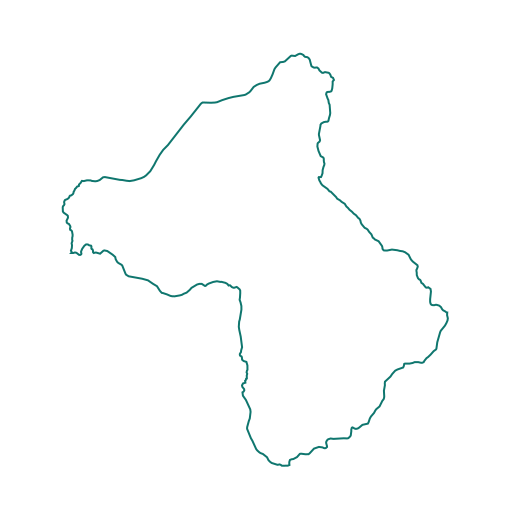 the district of Maliana, Bobonaro, East Timor, rotated 186°
{"feature_id": "22284137B67837040381832", "entity_name": "Maliana", "entity_type": "district", "adm_level": 2, "iso_a3": "TLS", "parent_name": "East Timor", "parent_adm1": "Bobonaro", "projection": "orthographic", "projection_center": [125.209, -8.986], "detail": "fine", "context": "isolated", "style": "outline", "palette": "teal", "viewbox_px": 512, "rotation_deg": 186, "n_neighbors": 0, "source": "geoboundaries", "source_scale": "gbopen_adm2", "svg_char_len": 6040}
<svg xmlns="http://www.w3.org/2000/svg" viewBox="0 0 512 512"><g transform="rotate(186 256 256)"><path d="M113.8,129.8L114.7,135.4L114.3,141.0L114.6,142.7L114.6,144.5L109.7,150.1L108.2,152.9L105.6,156.5L103.5,157.9L98.0,160.5L97.5,162.0L97.3,164.2L96.5,164.6L92.2,165.0L89.0,166.0L87.2,167.0L83.4,167.4L81.2,167.1L79.8,167.1L78.2,167.9L77.5,169.5L75.7,172.3L74.4,173.4L72.1,176.1L69.4,179.9L67.2,181.9L66.9,182.7L66.7,189.2L64.9,199.5L64.4,201.0L60.8,206.5L59.6,209.3L58.8,211.9L58.7,214.1L59.8,217.2L59.9,219.7L60.3,219.6L62.1,220.7L64.3,221.6L65.3,222.5L66.7,224.5L68.6,225.8L71.1,226.3L72.0,226.3L73.7,225.7L75.3,225.6L76.4,225.8L77.4,226.8L78.0,228.5L78.3,231.2L78.3,239.0L79.0,241.5L81.5,242.9L82.0,242.5L83.4,242.3L84.5,243.1L87.0,245.7L88.7,246.6L89.8,248.9L90.4,249.5L91.5,249.9L92.6,250.9L94.1,253.8L94.4,256.1L94.9,258.0L95.0,259.0L94.6,259.9L94.0,262.3L94.5,263.7L99.4,266.8L100.9,268.1L101.8,269.1L104.4,273.2L108.1,275.3L110.5,276.0L113.5,276.1L116.1,276.5L121.5,276.6L126.3,275.1L129.3,274.9L129.9,275.2L130.9,276.3L131.3,278.1L131.8,279.2L135.6,283.5L139.6,284.9L140.4,285.7L141.8,286.5L143.5,289.6L146.0,291.8L147.8,294.0L149.0,294.7L150.9,295.4L154.2,298.6L155.2,300.1L155.9,302.2L157.1,303.9L158.3,304.5L160.8,307.0L163.3,308.4L165.1,310.0L167.9,311.8L169.5,313.4L171.3,314.7L173.2,317.2L176.5,318.8L178.4,320.2L181.3,321.5L182.4,322.9L188.4,327.8L189.7,328.0L191.9,330.2L197.2,333.2L198.3,334.2L199.3,335.4L199.5,335.9L200.9,337.8L202.0,340.4L201.8,341.0L199.6,341.3L199.1,342.7L198.5,345.2L198.7,348.4L198.2,351.6L197.6,353.7L197.6,355.2L198.2,356.4L198.6,358.3L198.7,359.6L199.1,360.6L199.5,361.0L202.1,362.1L204.8,367.0L206.4,371.3L206.5,374.1L206.3,374.8L204.7,376.5L204.4,377.9L206.0,382.7L206.2,383.9L205.5,392.2L205.6,393.1L204.9,394.6L202.6,396.2L200.7,396.8L199.2,397.0L198.5,397.4L198.1,398.1L197.8,400.8L197.2,403.9L197.1,405.9L198.6,414.1L199.6,415.8L200.4,418.8L201.2,420.0L203.2,424.2L202.9,425.9L202.5,426.4L201.4,426.8L200.1,426.9L198.5,427.6L198.1,428.2L197.7,430.7L197.7,434.7L198.0,437.6L196.9,439.2L198.0,441.2L200.0,442.0L201.1,444.2L202.2,445.4L202.9,445.8L206.6,446.1L208.5,445.1L209.6,445.2L212.3,447.2L213.5,449.0L215.1,449.9L217.4,449.4L218.4,449.5L220.2,450.3L220.8,450.8L223.1,456.9L224.2,458.2L225.1,458.8L225.8,459.1L228.0,459.2L229.1,459.9L229.8,460.8L231.8,461.6L233.2,461.8L234.0,461.6L235.2,461.0L238.0,459.0L241.5,459.0L242.3,458.6L247.6,452.6L249.1,451.9L252.3,451.2L256.3,445.5L257.2,443.7L258.5,438.4L259.8,434.4L260.9,432.1L261.8,431.1L263.3,430.2L265.6,429.2L270.4,427.7L273.1,426.2L276.0,423.9L278.7,419.5L279.8,418.1L283.2,415.4L284.7,414.8L295.1,411.9L299.8,410.2L305.9,407.5L310.8,404.9L313.0,404.3L316.8,403.7L325.0,403.1L325.8,402.6L326.8,401.6L335.5,387.9L341.5,379.2L355.2,357.1L359.3,352.0L362.3,346.7L365.4,339.7L366.8,336.0L370.0,329.3L373.7,324.7L375.6,323.0L378.3,321.4L385.2,318.5L389.5,317.3L392.6,317.3L396.7,317.6L399.4,317.5L414.5,318.7L416.3,318.3L419.4,315.2L421.7,314.0L423.6,313.5L424.6,313.5L427.1,313.5L428.4,313.9L432.0,313.6L435.1,312.5L437.0,312.5L438.1,310.3L439.5,308.6L439.5,307.1L441.2,306.3L442.1,304.8L443.0,303.8L443.4,302.2L444.1,300.7L444.1,299.7L444.5,298.5L446.0,297.0L447.2,296.6L447.6,296.1L448.0,294.7L448.6,293.8L449.6,292.9L451.7,291.8L452.1,291.1L452.5,289.6L451.9,287.6L452.2,286.6L453.2,285.2L453.3,284.1L452.7,280.0L451.8,279.0L447.9,276.8L447.3,276.2L447.0,274.4L448.1,271.3L447.7,269.5L446.9,268.8L445.4,268.3L444.2,266.8L443.7,266.0L443.6,265.1L443.9,264.2L443.6,262.7L442.6,262.3L441.6,261.4L440.6,258.0L440.5,256.4L440.7,255.1L440.5,252.8L440.1,251.9L440.7,249.4L440.1,247.5L440.0,244.6L440.6,241.9L439.5,240.4L440.0,239.7L438.0,239.9L436.4,240.6L434.9,240.4L432.0,238.6L430.7,238.8L430.0,239.5L429.9,240.2L430.4,241.6L430.4,242.3L429.6,245.0L427.8,248.2L426.3,249.7L425.3,249.9L424.1,249.8L423.1,249.2L421.1,249.0L420.7,248.4L420.5,246.2L420.1,245.7L419.4,245.6L418.8,244.7L418.4,242.6L417.6,242.0L416.4,242.6L415.2,242.7L411.3,242.0L408.3,245.3L407.4,245.7L404.4,245.4L398.7,242.3L395.9,240.3L395.2,238.1L393.5,235.7L392.2,234.7L388.8,233.2L388.0,232.5L383.9,224.7L383.2,223.8L380.5,222.5L366.9,221.5L360.9,220.5L355.6,217.6L351.3,215.6L348.0,211.4L345.9,209.5L344.6,209.4L340.5,208.5L337.0,207.4L335.1,207.2L332.7,207.4L327.8,208.8L325.7,209.6L323.9,210.9L321.2,212.3L318.4,215.3L316.8,217.6L311.6,221.5L309.3,222.4L307.0,222.6L303.7,220.9L303.0,221.0L301.6,222.6L300.0,223.7L295.9,225.7L292.2,226.8L288.7,226.5L287.7,226.7L283.6,226.1L281.5,225.2L280.2,223.8L279.6,224.1L278.7,224.1L276.8,222.6L275.2,222.1L274.5,222.1L272.0,223.2L271.2,222.8L268.8,221.1L268.1,220.0L267.8,217.5L267.6,213.0L267.7,210.7L266.5,208.2L265.3,204.7L264.9,201.1L265.5,191.1L265.9,189.0L265.7,183.8L264.9,180.7L262.8,174.3L260.3,163.8L260.9,160.6L260.9,158.9L261.8,157.0L261.8,156.3L261.5,155.3L259.8,154.5L259.3,153.2L259.0,151.5L258.5,151.0L257.1,150.2L254.5,149.7L253.1,146.3L252.6,141.9L253.0,141.1L253.2,139.3L252.4,137.9L252.7,136.2L252.3,133.2L253.0,132.9L253.3,131.1L253.8,130.7L253.3,128.9L255.6,127.9L256.4,125.9L255.9,124.4L253.9,122.4L253.6,121.1L254.2,119.8L255.2,119.0L254.4,115.7L251.0,111.8L245.7,102.9L245.1,100.4L245.2,93.8L245.9,91.1L246.9,84.9L246.8,83.2L242.0,74.2L240.3,71.9L235.7,64.1L234.5,62.8L232.3,61.2L231.0,60.5L228.4,59.8L224.0,57.0L222.2,54.2L220.5,52.8L218.8,51.8L213.4,50.7L212.6,50.6L210.8,51.2L209.4,50.8L208.6,50.2L207.6,50.2L202.5,50.8L200.9,51.6L201.3,53.6L201.3,55.0L200.9,56.7L199.5,57.5L197.6,58.0L194.2,60.3L191.7,63.8L190.5,64.1L186.0,64.0L183.0,64.4L182.0,65.4L178.2,70.5L173.5,72.7L169.8,72.6L168.5,72.1L167.5,72.0L166.5,72.3L165.4,73.5L165.5,74.3L166.6,77.1L166.8,78.2L166.3,79.7L165.6,80.8L165.0,81.3L162.7,82.3L159.9,82.2L149.6,83.9L146.3,84.1L145.1,84.5L143.4,86.5L143.0,87.6L142.9,91.7L143.1,93.2L142.8,95.1L142.3,95.6L141.4,95.4L140.2,94.8L139.0,94.5L137.8,94.7L136.6,95.2L135.5,96.1L132.5,99.2L127.2,101.0L126.6,102.6L125.8,106.3L124.9,108.4L122.2,112.3L121.2,114.8L120.4,116.2L117.4,119.3L115.2,125.2L114.1,126.9L113.8,128.4L113.8,129.8Z" fill="none" stroke="#0f766e" stroke-width="2"/></g></svg>